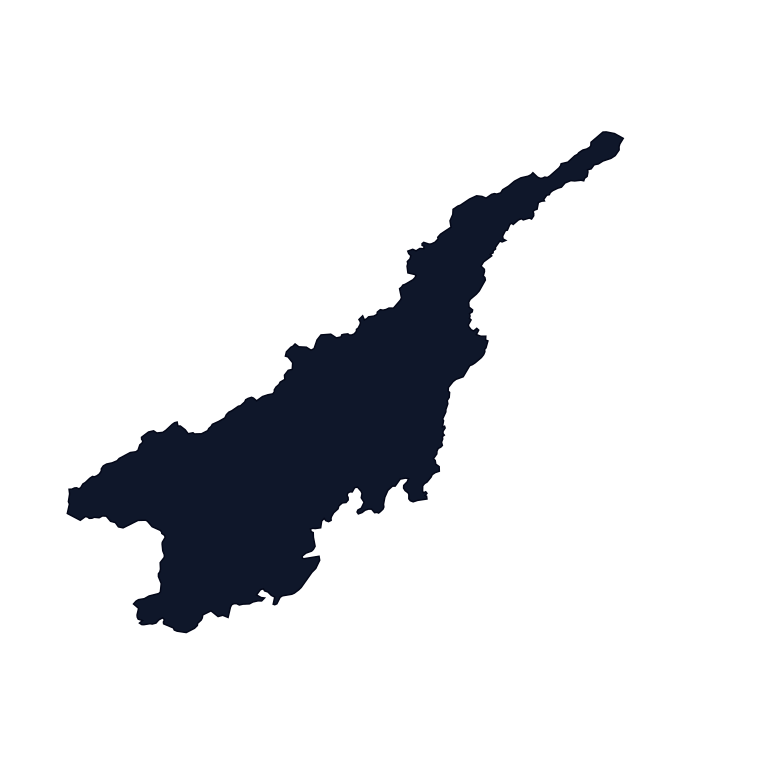 the district of Jaú do Tocantins, Tocantins, Brazil, rotated 231°
{"feature_id": "56859067B80023997915939", "entity_name": "Jaú do Tocantins", "entity_type": "district", "adm_level": 2, "iso_a3": "BRA", "parent_name": "Brazil", "parent_adm1": "Tocantins", "projection": "equal_earth", "projection_center": [-48.634, -12.857], "detail": "fine", "context": "isolated", "style": "filled", "palette": "ink", "viewbox_px": 768, "rotation_deg": 231, "n_neighbors": 0, "source": "geoboundaries", "source_scale": "gbopen_adm2", "svg_char_len": 6104}
<svg xmlns="http://www.w3.org/2000/svg" viewBox="0 0 768 768"><g transform="rotate(231 384 384)"><path d="M355.9,45.0L352.1,47.5L352.1,43.5L349.5,44.3L348.1,45.9L345.0,51.3L343.3,52.8L341.7,56.4L342.4,60.4L341.6,64.8L338.9,65.0L337.9,62.8L336.3,61.8L327.0,66.8L324.8,66.2L322.2,67.6L315.3,73.9L313.4,83.0L313.8,87.0L315.3,88.5L315.6,93.4L316.6,95.6L318.6,97.8L316.6,106.8L307.7,108.7L305.8,113.1L300.7,115.9L307.1,124.1L308.3,126.6L307.8,129.0L306.1,131.2L303.3,132.5L301.7,135.8L297.8,141.1L297.1,144.9L294.8,149.6L292.4,152.4L292.9,156.5L295.4,154.1L300.3,152.2L301.9,158.6L300.7,161.4L298.4,161.0L295.4,162.9L290.6,163.4L287.2,165.0L282.6,159.3L281.2,160.2L280.6,162.4L283.6,169.0L283.3,171.8L278.6,180.1L277.9,182.8L277.7,188.2L278.0,191.6L283.0,209.4L283.6,214.9L287.5,223.1L291.0,225.1L298.5,212.0L299.9,210.9L301.7,212.0L301.7,216.9L299.7,222.6L299.9,225.0L301.2,228.3L309.2,232.6L313.1,235.5L315.0,234.5L317.6,235.5L316.7,237.8L315.0,239.5L312.1,244.3L316.7,249.3L317.2,252.9L314.4,252.8L311.9,254.3L311.3,257.1L313.2,258.5L314.2,260.2L315.6,263.9L315.9,269.7L317.7,272.2L317.8,276.8L315.8,279.9L316.4,283.2L318.4,284.7L320.6,285.2L322.0,287.1L321.7,289.6L320.1,291.4L321.9,295.9L320.6,298.5L315.0,298.7L312.7,298.0L309.9,294.7L304.6,294.1L301.8,288.2L302.5,284.4L301.5,282.5L299.2,282.3L297.9,286.0L297.8,289.9L296.5,293.3L294.6,295.6L289.9,295.7L288.6,297.8L287.1,298.6L287.1,301.0L287.4,304.5L288.5,306.5L290.8,307.9L295.4,313.3L298.9,320.1L299.3,326.4L297.6,328.4L299.9,336.7L297.3,341.5L295.0,343.5L293.4,340.5L292.8,335.5L290.8,333.7L287.9,333.3L284.2,334.2L282.5,333.8L279.1,331.0L276.7,331.0L274.1,332.5L272.4,336.9L267.6,345.0L270.0,346.5L271.5,345.8L272.0,348.6L274.0,348.6L274.6,346.3L276.4,346.5L280.5,350.0L281.1,352.9L280.7,355.7L282.0,362.0L283.2,364.4L282.9,368.1L281.4,372.1L285.1,374.9L289.1,373.8L292.4,375.7L294.8,375.3L296.4,381.0L298.5,382.9L299.8,385.6L299.2,388.4L299.5,390.7L302.6,392.1L304.3,395.0L306.4,396.3L306.3,398.7L308.5,398.7L310.2,400.3L311.3,403.8L313.1,404.5L313.9,402.4L318.0,407.2L319.9,407.5L323.4,414.5L325.2,416.0L328.4,421.1L331.4,422.8L332.5,426.2L336.2,429.7L338.1,429.4L340.8,431.9L342.4,439.2L342.3,442.9L339.8,450.1L344.3,462.2L343.4,465.0L343.1,468.3L343.3,476.4L344.1,479.9L345.6,482.7L347.5,483.9L347.9,486.0L352.1,491.9L354.2,490.6L357.1,493.2L360.2,489.3L364.3,486.9L366.3,491.5L368.9,491.1L368.8,487.2L371.1,485.9L375.3,486.0L376.9,486.8L379.0,492.0L381.3,491.7L382.6,493.6L384.9,494.7L384.5,497.9L385.8,499.5L390.2,498.5L394.2,501.2L395.5,504.2L395.7,512.3L396.4,516.6L401.0,528.2L403.2,529.4L405.6,529.2L408.1,532.8L410.0,534.2L414.6,533.6L416.2,538.2L415.8,548.4L417.9,548.2L417.3,551.3L418.8,552.7L418.7,555.6L420.1,556.6L422.2,563.9L420.1,565.2L419.0,569.0L421.8,567.8L424.3,569.3L426.8,574.9L425.9,576.7L428.9,582.3L428.5,584.5L426.7,584.8L426.9,591.7L426.0,594.8L423.9,595.5L421.5,601.4L419.3,602.5L420.5,606.2L422.5,607.8L424.1,608.1L424.5,610.2L423.5,613.0L427.9,618.2L426.8,621.7L425.3,623.9L426.9,624.3L428.3,629.3L427.1,631.6L428.1,633.7L428.1,636.7L426.8,642.3L425.3,645.8L426.3,651.2L424.5,657.2L421.8,660.0L418.4,665.3L416.2,667.1L417.6,669.3L417.5,672.5L420.4,675.9L422.4,677.0L420.8,680.4L422.1,685.3L420.1,689.1L419.5,694.4L416.5,702.6L416.0,707.4L417.9,714.0L420.5,716.0L422.1,718.3L424.3,724.5L433.5,720.8L440.0,715.4L442.0,712.7L441.6,697.0L439.0,694.7L438.5,692.7L439.1,689.3L440.7,685.8L441.2,681.1L440.7,678.9L441.3,675.8L440.7,666.5L443.7,660.3L442.5,658.6L441.8,656.0L441.3,643.7L441.7,640.8L443.6,639.2L444.3,636.5L445.6,634.8L448.1,633.5L454.5,632.7L454.1,630.0L454.8,626.8L458.1,620.1L459.5,613.0L459.4,605.2L460.3,598.5L459.1,595.0L460.6,591.2L462.5,589.6L463.7,586.9L464.2,580.3L468.1,578.2L472.0,574.4L473.9,566.9L474.9,555.9L475.8,553.4L476.3,547.6L472.5,544.2L469.3,538.0L463.7,534.8L464.9,522.3L464.2,518.1L462.7,517.4L462.1,512.8L463.1,508.9L464.4,507.0L469.1,504.0L469.1,501.9L467.7,500.8L465.9,501.8L464.1,500.1L466.8,497.1L467.3,492.7L470.6,491.1L472.3,486.1L469.8,485.3L466.8,485.6L464.9,482.9L464.5,479.2L462.5,478.1L461.1,476.1L455.3,472.5L449.9,476.7L448.2,477.2L447.2,475.1L446.8,472.1L448.2,463.1L449.0,460.9L448.3,458.7L448.3,456.1L440.0,451.8L438.9,449.6L437.0,439.1L439.9,435.6L440.6,432.5L442.0,429.7L444.1,427.9L444.1,424.1L442.5,422.3L443.2,418.8L445.9,414.3L445.6,411.5L446.2,409.1L450.4,410.3L449.9,405.1L447.1,404.7L445.5,403.2L443.7,399.1L443.8,397.0L442.3,395.7L441.7,392.4L442.4,389.8L443.8,387.9L445.7,387.5L447.9,384.1L448.8,382.1L447.6,380.3L449.8,376.0L456.2,374.0L461.8,365.9L460.4,359.7L455.5,351.9L456.2,348.6L461.5,346.8L466.5,341.2L471.1,340.1L470.7,336.9L471.2,334.7L470.4,328.4L467.7,324.9L465.6,326.4L458.0,326.4L453.1,321.9L454.9,318.2L453.5,312.2L450.0,309.8L450.8,304.4L449.7,302.1L449.6,298.2L448.5,295.1L447.0,293.9L446.3,291.4L448.7,287.0L450.7,281.7L451.1,274.4L455.2,273.7L457.0,272.7L458.3,269.4L458.8,266.6L457.7,264.4L457.4,258.8L458.4,256.8L459.0,248.8L459.8,245.7L459.4,242.3L457.8,239.0L458.9,232.2L460.7,225.2L459.8,222.9L459.7,219.9L458.7,217.6L460.2,210.8L464.5,205.2L466.3,204.9L468.6,200.5L473.5,200.7L479.5,199.3L481.1,197.4L484.6,199.3L485.7,196.9L485.9,194.0L485.3,185.5L485.6,181.7L488.9,176.6L492.6,175.5L494.9,170.8L495.2,162.0L493.5,160.8L491.5,160.8L490.4,158.8L490.4,156.0L487.3,151.1L487.5,148.5L490.4,143.7L492.8,131.4L492.3,128.3L493.8,123.1L496.4,118.0L497.0,114.3L496.0,111.0L494.2,109.4L493.2,106.0L493.4,102.8L494.2,100.4L495.6,99.3L495.9,96.0L495.4,89.9L495.8,87.1L494.2,82.8L494.7,80.8L496.8,79.8L498.0,78.0L498.7,75.2L500.4,73.0L496.4,70.5L491.2,64.7L488.7,64.0L482.7,56.4L469.2,62.2L468.9,68.5L467.3,69.9L465.1,70.4L463.5,72.5L462.8,74.9L459.3,78.5L458.7,82.1L456.1,85.0L449.4,85.1L445.4,88.0L440.1,87.7L436.4,90.7L432.8,107.0L428.2,113.0L426.4,113.8L419.0,114.0L411.1,118.0L409.2,118.1L407.7,117.3L404.4,118.2L402.5,117.4L400.5,112.1L399.2,110.8L393.6,107.1L389.5,105.8L387.6,104.2L386.0,97.6L380.8,93.8L379.1,91.6L378.5,89.3L376.3,87.5L369.1,85.3L363.1,79.3L362.9,77.1L367.1,68.0L368.0,62.6L370.9,57.5L371.3,54.6L370.7,50.9L364.1,52.1L359.9,46.7L358.1,45.5L355.9,45.0Z" fill="#0f172a" stroke="#020617" stroke-width="1.5"/></g></svg>